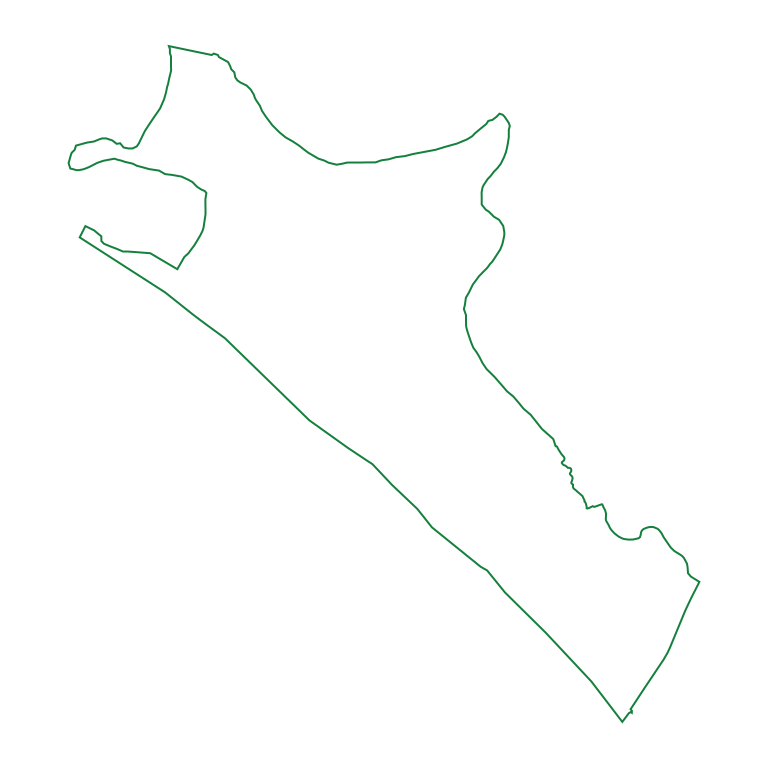 Ilaje, Ondo, Nigeria (Mercator projection)
{"feature_id": "59680162B44253410475450", "entity_name": "Ilaje", "entity_type": "district", "adm_level": 2, "iso_a3": "NGA", "parent_name": "Nigeria", "parent_adm1": "Ondo", "projection": "mercator", "projection_center": [4.771, 6.193], "detail": "fine", "context": "isolated", "style": "outline", "palette": "green", "viewbox_px": 768, "rotation_deg": 0, "n_neighbors": 0, "source": "geoboundaries", "source_scale": "gbopen_adm2", "svg_char_len": 4431}
<svg xmlns="http://www.w3.org/2000/svg" viewBox="0 0 768 768"><path d="M622.3,721.9L628.9,713.1L630.7,712.1L631.8,712.8L631.9,710.8L630.6,709.2L644.9,687.5L663.6,659.6L667.7,652.5L670.0,647.5L685.4,610.3L691.4,597.6L699.4,581.9L690.9,576.6L688.0,573.2L687.6,567.5L687.0,563.7L683.9,557.9L681.8,555.7L679.5,554.2L674.4,551.1L670.8,547.6L668.0,543.6L663.7,537.3L661.6,533.3L659.1,530.1L657.6,528.8L653.9,527.2L651.4,526.9L648.5,527.2L646.0,528.0L643.4,529.1L641.9,530.6L641.2,532.0L640.6,535.2L640.0,537.1L638.5,538.3L633.1,539.5L628.6,539.6L624.5,539.1L622.4,538.5L618.5,536.5L614.4,533.3L611.3,529.9L609.8,527.7L608.8,525.3L607.2,522.7L606.2,520.9L605.8,519.4L606.1,513.7L605.1,510.2L603.5,507.3L602.3,504.4L601.3,504.4L594.4,506.9L593.8,506.7L592.8,506.2L591.2,506.9L589.6,507.8L587.6,508.5L586.7,508.3L586.7,507.1L586.4,505.6L585.8,503.4L585.0,501.9L584.5,501.6L584.4,501.2L584.5,500.2L583.9,499.3L582.5,496.1L577.2,491.5L575.4,489.9L573.6,488.5L572.9,486.9L573.0,484.6L571.5,483.5L571.3,482.3L571.8,481.4L572.3,479.6L572.6,478.2L572.2,476.5L570.3,474.7L569.9,473.7L570.1,473.0L571.1,471.6L571.3,470.7L571.2,469.2L570.5,468.3L569.1,467.8L567.8,467.8L566.5,466.5L565.5,465.7L564.2,465.3L562.8,464.4L561.8,463.0L561.9,462.2L562.6,461.6L563.9,460.5L564.3,459.6L564.5,458.3L563.9,456.9L561.5,454.2L558.7,449.9L557.1,446.8L556.4,446.2L555.6,446.2L553.3,439.1L542.0,429.0L537.9,423.9L530.7,414.8L523.5,408.7L519.4,403.6L513.3,396.5L507.1,391.4L501.0,384.3L494.8,377.2L486.6,369.1L482.5,363.0L479.4,356.9L476.3,351.8L473.3,347.7L471.2,342.6L469.1,336.5L467.1,330.4L466.1,326.2L466.0,321.2L466.0,315.1L464.9,312.0L463.9,309.0L464.1,308.1L464.9,304.9L465.9,297.7L468.9,292.6L470.9,288.5L472.9,284.4L476.0,280.3L479.0,276.2L483.0,272.1L487.1,268.0L490.1,263.9L492.2,261.8L493.1,260.4L494.2,258.8L500.3,249.4L502.3,244.3L503.3,240.2L504.3,235.1L504.3,232.0L503.2,225.9L499.1,219.8L494.0,216.8L490.9,213.7L488.9,211.7L485.8,209.7L481.7,204.6L481.7,197.4L481.6,192.3L482.6,187.2L483.6,185.2L487.7,179.0L490.7,175.9L493.8,171.8L495.8,169.8L497.8,167.7L500.9,163.6L502.9,159.5L503.9,157.5L505.9,152.3L506.9,148.3L507.9,143.1L508.8,137.1L508.8,136.2L508.8,134.1L508.8,130.0L509.8,125.9L508.7,122.8L504.6,116.7L502.6,114.7L499.5,113.7L496.5,116.8L492.4,119.9L488.3,120.9L486.3,124.0L481.2,128.1L475.1,133.2L472.1,136.3L467.0,139.4L456.9,143.6L445.7,146.7L435.5,149.8L413.1,154.0L404.9,156.1L395.8,157.2L388.7,159.3L381.5,160.3L375.4,162.4L368.3,162.4L366.8,162.4L361.9,162.5L359.1,162.5L352.0,162.5L346.9,162.6L342.8,163.6L336.7,164.7L328.5,162.7L324.4,160.6L318.3,158.6L313.2,155.6L308.1,152.6L304.0,149.5L298.9,145.5L292.7,141.4L285.6,137.4L279.4,132.3L279.2,132.1L275.3,128.2L274.5,127.4L272.4,125.3L272.3,125.2L269.2,121.1L266.1,117.0L262.0,110.9L259.9,105.8L255.8,99.7L254.8,97.7L253.8,94.6L250.7,89.5L246.6,85.5L240.4,82.5L237.4,80.4L235.3,77.4L234.3,72.3L231.2,69.2L230.2,66.2L228.1,62.1L225.8,60.8L222.8,59.2L218.9,57.0L217.9,55.0L213.8,53.6L211.7,55.0L193.8,51.3L168.9,46.1L169.9,49.1L169.9,53.2L171.0,56.3L171.0,61.4L171.0,65.5L171.1,70.6L170.1,74.7L169.1,78.8L168.1,83.9L167.1,87.0L166.1,92.1L164.1,99.2L160.1,108.4L158.0,111.5L154.4,116.7L153.0,118.7L148.9,124.8L144.9,131.0L143.9,133.0L141.9,137.1L138.9,143.3L136.8,146.4L134.7,147.4L132.8,148.4L128.7,148.5L123.6,147.5L120.2,143.3L116.6,143.8L112.3,140.4L106.2,138.4L102.1,138.4L99.1,139.4L94.0,141.5L86.9,142.6L76.0,145.6L74.7,149.8L71.6,152.9L70.6,155.9L68.6,163.1L70.3,168.5L73.5,169.3L76.3,170.1L78.9,170.2L84.0,169.1L89.0,167.1L93.1,165.0L97.2,162.9L103.3,160.8L108.4,159.8L114.5,158.7L117.5,159.7L121.6,160.7L124.7,161.8L132.8,163.7L136.9,165.8L142.0,167.1L149.2,169.1L159.1,170.6L165.1,174.1L172.0,174.9L181.5,176.6L188.4,179.8L192.5,182.1L195.3,185.0L197.3,187.0L201.8,189.8L204.6,190.9L206.4,193.0L205.4,199.2L205.4,203.3L205.5,208.4L205.5,214.5L203.5,227.8L202.5,230.9L200.5,235.0L197.5,240.1L194.5,245.1L191.4,249.2L188.4,253.3L184.4,256.9L177.3,269.2L150.2,253.2L127.6,251.5L122.9,251.5L116.9,248.9L110.3,246.4L104.0,243.8L101.4,241.0L101.3,236.3L97.0,232.8L94.2,230.4L85.4,226.1L79.7,237.4L165.1,292.4L192.4,314.1L199.5,319.5L206.6,324.8L224.5,337.9L224.8,338.1L236.0,349.0L300.1,411.3L309.3,420.3L327.9,433.6L339.8,442.1L347.9,447.9L368.8,461.8L370.0,462.5L372.5,464.2L387.5,480.1L387.8,480.4L391.9,484.8L417.3,508.9L432.0,527.4L480.7,566.8L487.1,570.4L505.0,592.5L545.9,632.9L591.3,681.4L603.8,697.7L622.3,721.9Z" fill="none" stroke="#15803d" stroke-width="2"/></svg>